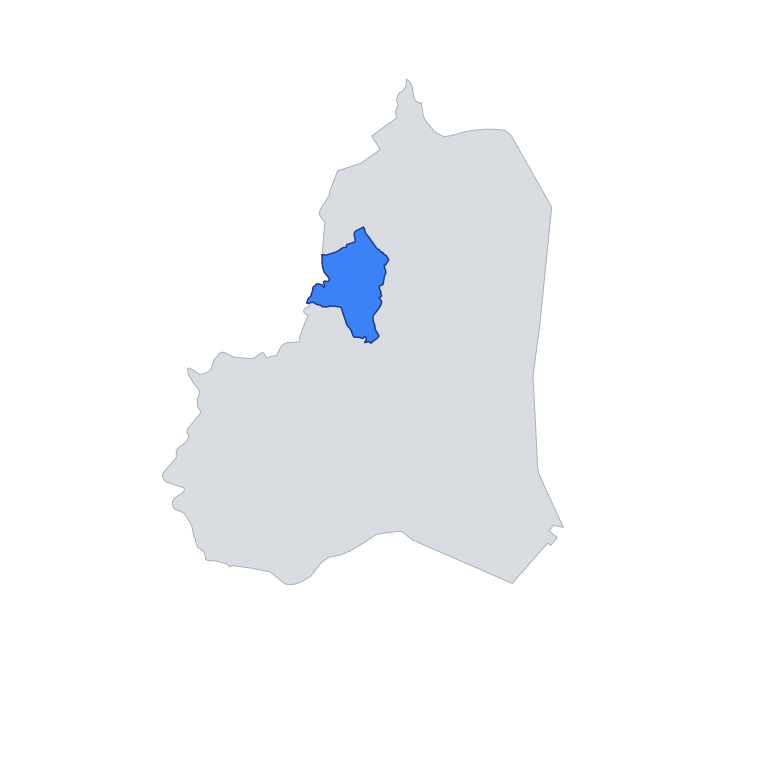 Wasit on a map of Iraq (Natural Earth projection), rotated 235°
{"feature_id": "IRQ-3227", "entity_name": "Wasit", "entity_type": "Province", "adm_level": 1, "iso_a3": "IRQ", "parent_name": "Iraq", "parent_adm1": "", "projection": "natural_earth1", "projection_center": [45.642, 32.719], "detail": "fine", "context": "in_parent", "style": "filled", "palette": "blue", "viewbox_px": 768, "rotation_deg": 235, "n_neighbors": 0, "source": "natural_earth", "source_scale": "10m", "svg_char_len": 5729}
<svg xmlns="http://www.w3.org/2000/svg" viewBox="0 0 768 768"><g transform="rotate(235 384 384)"><path d="M322.6,152.9L327.2,151.7L335.8,144.6L340.9,137.9L342.5,137.3L347.0,139.5L350.2,140.1L357.6,137.6L362.0,138.9L365.7,140.6L367.8,140.7L377.7,144.9L380.2,145.4L385.3,145.9L393.0,146.1L397.9,143.4L401.4,140.8L403.9,140.8L406.2,141.5L408.2,142.6L409.9,144.6L410.7,147.3L410.3,156.3L411.1,158.6L412.4,160.3L414.1,160.6L416.2,158.7L419.9,155.9L424.4,152.8L427.7,150.0L429.6,148.9L432.6,149.1L435.6,149.6L437.2,150.9L437.2,151.4L438.8,155.6L442.7,171.2L444.9,173.2L447.5,174.9L449.2,177.2L449.9,179.6L449.7,183.2L449.8,187.4L450.8,190.6L452.3,193.1L453.7,194.3L455.7,194.5L458.2,195.1L459.8,197.5L465.0,215.4L465.6,217.7L467.8,218.4L471.4,218.1L475.1,220.0L479.1,222.8L482.9,228.3L485.4,229.2L493.3,228.4L504.1,229.2L509.2,232.0L508.7,233.8L504.8,235.7L497.9,238.0L495.9,241.8L494.7,246.8L495.0,249.6L496.6,252.7L501.5,258.8L501.8,261.0L502.7,264.1L503.6,266.2L502.6,270.3L498.2,273.2L492.4,276.2L480.7,289.9L479.8,292.8L479.9,300.9L478.8,303.2L475.1,303.2L472.2,302.7L472.0,305.6L470.2,309.4L469.1,312.6L473.4,320.4L474.2,324.5L473.5,328.2L469.5,334.7L467.2,339.0L467.7,340.0L470.8,341.7L480.5,355.9L483.6,360.9L487.7,359.6L489.2,359.6L490.4,360.5L491.2,362.1L491.2,364.3L490.1,367.4L495.3,368.7L497.2,372.0L503.3,383.0L503.1,386.3L500.2,391.5L500.2,395.0L500.8,398.1L501.7,399.2L510.7,399.6L514.5,400.9L523.9,406.5L534.5,415.2L543.2,422.3L550.7,428.4L558.6,427.9L560.8,429.0L562.8,430.9L565.1,435.9L569.7,447.1L573.6,450.9L579.6,459.9L585.2,468.3L581.6,479.8L578.1,491.7L578.1,507.1L578.2,515.4L585.8,515.8L594.3,516.1L594.4,526.0L594.6,536.0L594.7,547.3L597.2,547.8L601.2,550.2L602.9,553.9L605.1,555.9L607.6,556.2L610.2,558.0L612.7,561.3L613.7,563.8L613.0,565.5L613.6,568.5L615.4,572.8L617.5,574.8L620.9,577.2L616.4,578.7L611.5,577.6L601.1,572.6L597.7,572.4L593.3,574.3L593.1,576.0L582.1,570.4L578.1,569.3L576.7,569.2L570.4,569.3L561.5,570.3L556.2,572.5L552.5,574.9L550.9,577.3L550.3,578.6L547.5,585.5L544.2,594.4L540.8,602.5L534.1,613.8L530.5,619.0L522.5,628.7L514.0,630.7L494.0,628.8L472.0,626.6L450.0,624.5L433.7,622.9L432.4,622.4L416.3,608.6L403.5,597.6L387.7,584.0L371.5,570.0L355.1,555.8L343.2,545.6L328.7,532.3L315.6,520.3L305.3,510.8L292.0,502.4L281.6,495.9L266.5,486.5L254.5,478.9L244.1,472.4L228.3,462.4L223.0,459.7L206.5,456.4L190.8,453.6L174.6,450.6L163.8,448.7L171.0,441.6L169.0,435.2L163.7,436.4L158.9,437.9L156.2,428.0L159.9,426.8L156.7,413.9L153.5,400.6L150.3,387.7L147.1,374.6L161.0,366.1L171.3,359.8L185.8,351.0L199.7,342.5L212.9,334.4L227.5,325.5L240.5,317.6L252.4,314.3L254.9,311.8L260.5,300.9L265.2,291.6L265.4,289.5L265.6,276.3L266.6,260.8L268.3,252.6L271.0,245.2L273.5,239.9L273.8,234.9L273.6,229.9L271.2,222.2L268.7,214.3L269.1,206.6L269.6,202.5L271.3,195.9L274.2,191.1L277.2,188.1L288.4,185.0L295.0,183.2L304.0,174.7L309.3,169.7L316.7,161.6L322.1,155.8L322.5,153.7L322.6,152.9Z" fill="#d9dde1" stroke="#a8b0b8" stroke-width="1"/><path d="M494.5,367.2L494.7,367.3L494.9,367.4L495.0,367.5L496.6,369.6L497.2,370.6L497.6,371.8L497.7,373.0L497.8,373.9L498.0,374.8L499.6,376.4L501.6,379.2L503.1,380.5L503.8,381.2L504.2,382.2L504.2,382.8L503.9,384.0L503.9,384.5L504.1,385.0L504.7,385.4L504.7,385.9L504.4,386.7L503.7,387.5L502.4,388.8L501.4,389.6L500.6,389.8L499.8,389.7L498.7,389.8L497.7,390.4L497.7,391.1L498.4,391.7L500.5,392.0L501.4,392.4L502.1,393.0L502.4,393.8L502.1,394.8L501.3,395.6L500.5,396.3L499.9,397.0L501.0,399.4L503.8,399.7L509.5,399.1L514.7,400.7L519.5,403.1L520.8,404.5L525.4,407.2L524.6,408.6L524.2,409.2L523.1,409.9L522.7,410.5L519.6,420.4L519.3,423.2L519.4,426.9L519.3,427.5L519.2,428.1L519.0,429.0L518.9,429.3L518.2,430.4L517.9,431.1L517.8,431.6L518.3,432.1L519.1,432.8L519.3,433.1L519.5,433.6L519.4,434.1L517.4,440.2L517.1,441.3L517.3,442.2L518.2,442.9L524.1,445.6L525.0,447.0L525.6,448.1L524.3,457.1L523.3,457.2L521.5,456.7L519.7,455.8L517.8,455.5L511.7,455.8L499.1,455.8L497.5,456.4L497.3,456.6L497.1,457.1L496.9,457.2L496.5,457.2L495.8,457.1L495.3,456.9L494.9,456.9L494.5,457.0L492.8,458.3L492.6,458.4L492.3,458.2L492.2,458.0L491.7,458.3L491.4,458.4L491.1,458.2L490.9,458.2L487.9,459.5L483.0,459.2L480.7,453.7L480.7,453.3L480.9,453.0L481.3,452.7L481.1,452.0L477.8,451.0L474.7,449.8L473.9,449.3L473.5,448.5L472.9,447.4L472.0,446.2L467.2,441.4L466.4,440.6L466.2,439.7L466.3,438.8L466.9,437.2L467.0,436.7L466.8,436.2L465.8,435.8L465.2,435.0L461.8,434.5L460.6,434.0L460.3,433.0L457.5,432.7L457.4,431.4L457.3,429.6L456.6,429.5L453.7,429.4L452.9,429.2L452.1,428.6L451.2,427.6L450.4,426.5L448.5,422.1L446.4,415.0L446.1,414.3L445.5,413.6L444.8,413.0L443.5,412.3L442.0,411.6L441.7,411.1L441.3,411.0L439.5,410.8L437.1,410.0L434.0,408.2L433.7,408.1L426.8,407.6L426.5,407.5L426.3,407.3L426.0,407.0L425.6,406.1L425.4,404.6L425.2,398.6L424.9,396.8L425.7,396.3L426.7,396.7L426.9,396.6L427.1,396.4L427.3,396.1L427.5,395.5L428.0,394.7L428.5,393.1L428.8,392.3L429.2,392.1L429.5,392.6L429.9,393.8L430.1,394.3L430.4,394.8L430.8,395.1L431.3,395.5L431.8,395.7L432.3,395.9L432.8,395.9L433.4,395.7L433.9,395.2L434.1,395.1L433.9,394.3L433.7,394.0L433.4,393.3L433.9,392.6L434.7,391.7L436.8,390.1L437.9,388.4L439.0,387.1L439.9,386.3L441.4,386.4L447.0,387.8L448.7,387.9L453.3,387.4L468.5,391.9L471.3,392.8L471.7,392.6L472.3,392.3L472.9,391.5L473.6,390.6L475.5,389.0L475.8,388.6L476.9,386.9L478.2,385.3L478.9,384.3L479.3,383.1L479.5,382.2L479.8,381.6L480.3,380.9L482.0,378.8L482.5,378.0L482.8,377.7L483.0,377.5L483.4,377.7L483.6,377.7L483.8,377.7L484.5,377.4L485.1,377.0L485.5,376.6L486.0,376.0L488.3,374.2L488.7,374.1L488.9,373.9L489.2,373.9L489.6,373.8L490.2,373.6L491.3,372.9L491.9,372.5L492.2,372.0L492.8,369.9L493.0,369.5L493.7,368.2L494.5,367.2Z" fill="#3b82f6" stroke="#1e3a8a" stroke-width="1.5"/></g></svg>